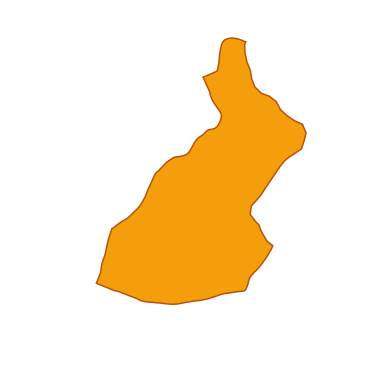 outline of Yahr, Lahij, Yemen, rotated 328°
{"feature_id": "15242507B12651180402694", "entity_name": "Yahr", "entity_type": "district", "adm_level": 2, "iso_a3": "YEM", "parent_name": "Yemen", "parent_adm1": "Lahij", "projection": "robinson", "projection_center": [45.152, 13.723], "detail": "fine", "context": "isolated", "style": "filled", "palette": "amber", "viewbox_px": 384, "rotation_deg": 328, "n_neighbors": 0, "source": "geoboundaries", "source_scale": "gbopen_adm2", "svg_char_len": 2944}
<svg xmlns="http://www.w3.org/2000/svg" viewBox="0 0 384 384"><g transform="rotate(328 192 192)"><path d="M317.3,93.2L315.5,90.9L314.7,89.8L313.8,88.6L312.1,86.5L310.0,84.6L307.6,82.6L305.2,81.5L302.7,80.7L300.2,80.4L297.5,81.1L295.2,82.6L293.3,84.6L291.0,87.0L288.9,89.2L287.0,91.6L285.3,94.0L283.6,96.2L281.5,98.6L279.5,100.7L277.3,102.8L262.2,100.5L260.0,116.9L258.9,119.4L258.6,120.7L258.2,122.4L257.9,125.5L257.9,128.6L258.0,132.3L258.2,135.2L258.3,138.3L258.1,141.3L256.8,143.7L254.8,145.8L252.4,147.4L250.2,148.9L247.7,149.9L245.2,150.1L242.5,149.5L240.0,148.3L237.5,147.8L234.7,148.5L232.2,149.2L229.6,149.3L227.0,149.4L224.3,149.8L221.7,150.7L219.2,152.0L216.8,153.4L214.5,154.7L212.0,156.0L209.5,157.0L206.9,157.2L204.1,156.6L201.6,155.9L199.1,154.8L196.6,153.6L194.1,153.0L191.2,153.1L188.7,153.2L185.8,153.5L183.2,154.1L180.6,154.8L178.1,155.4L175.0,156.2L172.4,156.5L170.0,157.4L167.7,158.8L165.5,160.3L163.2,161.9L160.8,163.5L158.6,164.9L156.3,166.4L154.2,167.9L151.8,169.8L149.5,171.4L146.7,173.0L144.1,174.4L141.0,175.9L138.5,176.8L135.7,177.5L133.0,178.1L130.2,178.7L127.5,179.3L124.5,179.9L121.9,180.0L119.1,179.9L116.6,179.9L113.5,180.0L110.4,180.3L107.8,180.6L105.1,180.8L104.3,180.8L103.4,181.6L101.1,183.6L98.6,185.6L96.4,187.5L94.4,189.5L92.1,191.7L90.3,193.6L88.4,195.7L86.4,197.8L84.3,199.7L82.0,201.4L79.6,203.4L77.5,205.3L75.6,207.3L73.8,209.5L72.1,211.6L62.5,218.8L70.4,229.6L72.0,232.0L73.8,234.4L76.0,236.3L88.4,252.7L90.1,255.6L91.8,257.9L94.0,260.0L96.3,261.9L98.7,263.7L101.2,265.6L103.4,267.3L106.1,269.2L108.3,271.1L110.4,272.8L112.7,274.5L114.8,276.1L117.4,277.7L120.2,279.2L122.6,280.2L125.0,281.1L128.0,282.2L130.4,283.3L132.9,284.3L135.3,285.2L137.9,286.5L140.6,287.8L143.2,288.9L146.2,290.0L148.9,291.0L151.4,291.7L154.8,292.5L157.9,293.3L160.5,293.8L163.1,294.5L165.1,295.1L169.7,297.2L171.7,298.1L174.7,299.3L176.3,300.0L178.0,300.7L180.1,301.9L180.3,302.0L183.9,303.5L184.7,303.6L185.6,303.1L186.4,303.0L187.5,302.1L188.8,301.2L190.2,300.1L191.1,299.3L191.5,299.0L193.1,297.2L195.4,295.4L197.9,294.3L200.2,293.7L202.2,293.0L202.6,293.0L205.1,292.5L207.8,291.8L210.3,291.0L213.1,290.0L215.6,289.0L218.4,287.8L220.9,286.7L223.5,285.4L225.8,284.1L228.3,282.9L230.6,281.4L232.2,280.3L231.2,278.3L229.6,273.3L229.6,269.9L229.8,264.4L230.1,261.1L230.5,258.9L230.9,257.3L231.3,255.6L230.3,250.8L229.5,241.9L234.8,235.4L242.0,233.3L249.1,231.0L259.3,226.2L260.3,225.8L261.6,225.2L264.7,223.9L264.9,223.8L267.4,222.7L268.5,222.2L270.0,221.5L271.4,220.9L273.2,220.1L273.5,220.0L275.6,219.0L277.6,218.2L280.5,216.9L286.3,214.8L289.0,214.4L291.9,213.9L292.2,213.9L297.2,213.9L297.5,213.9L307.7,213.4L314.2,208.0L316.3,205.9L320.2,202.1L320.5,199.8L321.3,194.4L321.5,193.0L316.7,185.9L315.1,182.3L313.1,177.8L310.7,169.1L311.3,159.9L308.3,151.6L303.0,144.9L301.0,136.2L302.6,127.5L306.0,119.6L307.5,110.9L310.4,102.6L314.9,94.8L317.3,93.2L317.3,93.2Z" fill="#f59e0b" stroke="#b45309" stroke-width="1.5"/></g></svg>